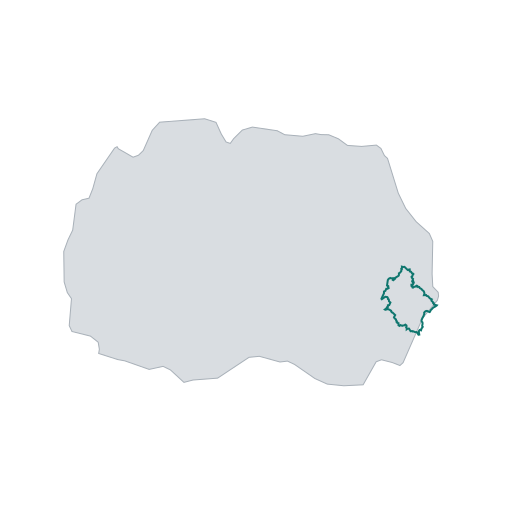 Berovo, Berovo, North Macedonia shown in context, rotated 20°
{"feature_id": "65306769B82535052466784", "entity_name": "Berovo", "entity_type": "district", "adm_level": 2, "iso_a3": "MKD", "parent_name": "North Macedonia", "parent_adm1": "Berovo", "projection": "orthographic", "projection_center": [22.828, 41.67], "detail": "fine", "context": "in_parent", "style": "outline", "palette": "teal", "viewbox_px": 512, "rotation_deg": 20, "n_neighbors": 0, "source": "geoboundaries", "source_scale": "gbopen_adm2", "svg_char_len": 3381}
<svg xmlns="http://www.w3.org/2000/svg" viewBox="0 0 512 512"><g transform="rotate(20 256 256)"><path d="M233.5,131.1L241.5,132.2L259.0,127.5L270.0,120.7L275.5,119.7L282.9,117.2L293.4,117.7L304.1,120.8L317.8,116.9L331.2,110.6L336.6,112.2L342.3,117.7L346.2,119.3L368.2,148.3L380.4,160.1L394.8,169.0L411.2,175.6L417.1,181.8L427.6,212.6L432.6,224.3L439.6,227.8L441.3,231.2L441.6,235.6L433.8,257.3L430.7,305.9L428.7,309.7L420.4,309.5L409.4,310.6L405.1,314.3L400.7,340.4L382.9,347.9L366.8,352.0L353.2,351.0L329.3,344.7L321.5,344.0L314.8,347.4L293.5,349.1L284.1,353.6L261.7,383.9L239.2,394.1L231.5,399.4L214.5,392.3L206.4,391.5L194.4,399.1L168.5,399.4L161.5,400.6L141.5,401.4L140.7,397.2L137.2,391.0L127.9,387.9L108.9,389.9L104.3,385.3L97.2,359.2L91.2,354.9L84.6,346.0L73.8,317.5L73.8,305.1L74.9,294.4L69.2,268.9L73.3,262.7L79.3,258.8L79.6,248.6L78.4,233.1L86.2,203.0L88.1,200.8L89.9,202.3L106.7,205.2L111.1,201.5L114.0,195.5L115.5,173.4L119.7,163.2L160.8,144.6L172.7,144.1L181.7,153.3L188.9,159.1L193.3,159.0L194.9,153.3L200.1,142.3L208.5,136.1L233.3,131.0L233.5,131.1Z" fill="#d9dde1" stroke="#a8b0b8" stroke-width="1"/><path d="M409.9,218.9L408.4,218.8L407.1,217.8L405.8,217.9L405.0,216.0L404.5,216.2L404.5,216.8L403.4,217.3L399.2,215.4L398.1,216.0L396.8,216.1L397.2,216.9L396.9,218.3L397.6,218.5L397.4,219.9L397.7,220.6L397.0,222.5L396.2,223.4L396.8,225.0L396.7,225.9L394.5,228.6L394.5,229.7L393.3,231.8L392.7,231.7L392.6,229.9L390.5,230.8L389.7,230.7L388.5,232.0L388.1,233.5L389.2,238.9L390.4,239.0L390.5,239.8L391.0,239.8L391.6,240.9L390.4,242.1L389.6,242.3L389.5,244.5L388.4,245.6L389.0,247.4L388.7,250.4L388.5,253.3L389.0,253.6L391.4,250.1L393.4,249.7L394.0,250.0L394.7,251.3L395.6,251.4L396.5,253.1L398.2,253.7L398.0,256.6L396.8,257.2L397.4,259.1L397.2,259.6L396.6,259.5L396.3,260.9L395.4,262.2L395.9,262.3L398.1,260.8L399.5,260.8L401.7,261.2L402.0,261.9L402.9,262.5L403.6,262.4L407.0,263.9L406.6,266.4L407.6,267.2L409.2,267.7L409.8,268.8L410.6,269.1L410.7,269.9L411.5,270.0L411.7,270.5L412.9,270.4L413.6,272.4L414.8,272.6L415.4,271.5L417.3,271.6L417.7,271.1L418.8,270.7L419.8,269.4L421.1,269.8L421.5,270.4L421.4,271.6L422.5,272.6L422.7,273.3L423.3,272.4L424.6,271.9L427.0,273.8L427.6,273.4L428.8,273.4L429.0,273.0L431.6,273.1L433.0,272.5L435.6,274.4L436.3,274.0L435.1,271.9L434.8,271.0L434.8,270.5L435.1,269.5L435.6,269.3L436.5,269.4L436.5,268.8L436.3,267.5L436.9,266.0L436.8,265.5L436.5,265.5L436.1,264.8L435.9,264.3L435.8,263.2L435.6,262.4L435.1,261.4L434.4,261.1L433.7,260.4L433.6,260.0L433.5,259.5L433.5,258.7L433.6,257.2L433.8,256.1L434.0,255.1L433.9,254.7L433.9,254.2L434.0,253.1L433.4,251.8L433.7,250.7L434.3,249.8L435.4,249.1L436.8,249.2L438.2,249.4L438.4,249.3L438.6,248.6L438.6,248.3L438.7,247.1L439.3,246.0L439.6,245.2L440.0,244.3L440.4,243.6L441.3,242.7L442.2,241.5L442.7,240.8L442.8,240.5L439.8,240.8L439.3,239.6L438.6,239.7L438.0,238.8L436.2,238.0L435.7,237.1L435.9,236.6L433.7,236.3L431.7,235.0L429.9,235.1L429.2,234.5L427.2,235.4L427.1,233.5L425.8,231.8L423.4,230.9L422.8,230.4L420.8,230.1L420.0,229.3L419.0,229.5L418.1,229.1L417.9,229.7L417.0,229.1L415.8,230.6L414.9,231.0L414.4,232.0L413.9,232.1L413.2,231.3L412.3,231.0L411.9,229.9L412.8,229.7L412.7,229.3L413.2,229.0L413.4,227.1L412.4,225.9L411.9,226.8L411.4,226.4L411.4,223.8L409.9,223.2L409.3,222.4L409.8,221.7L409.6,220.5L410.1,219.5L409.9,218.9Z" fill="none" stroke="#0f766e" stroke-width="2"/></g></svg>